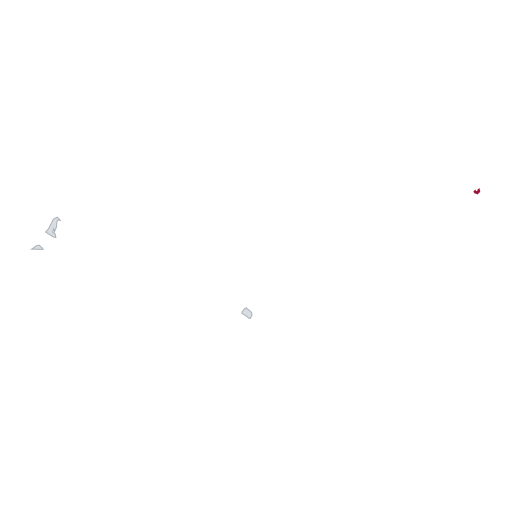 Niuafo'ou, Tonga (highlighted), rotated 89°
{"feature_id": "48082658B75580171821310", "entity_name": "Niuafo'ou", "entity_type": "district", "adm_level": 2, "iso_a3": "TON", "parent_name": "Tonga", "parent_adm1": "", "projection": "orthographic", "projection_center": [-175.613, -15.598], "detail": "fine", "context": "in_parent", "style": "outline", "palette": "rose", "viewbox_px": 512, "rotation_deg": 89, "n_neighbors": 0, "source": "geoboundaries", "source_scale": "gbopen_adm2", "svg_char_len": 1086}
<svg xmlns="http://www.w3.org/2000/svg" viewBox="0 0 512 512"><g transform="rotate(89 256 256)"><path d="M228.0,458.8L229.0,458.8L230.1,456.6L234.0,455.8L233.5,458.2L228.3,466.0L225.1,462.9L215.6,457.9L213.7,454.0L216.9,451.1L216.6,453.5L218.1,454.5L223.5,455.0L228.3,457.1L225.3,457.8L228.0,458.8ZM315.9,266.6L313.2,271.1L311.8,271.0L308.7,268.4L307.6,266.6L312.4,261.4L314.9,261.0L318.3,262.8L318.1,264.3L315.9,266.6ZM245.7,468.8L245.2,480.2L241.8,475.0L241.4,472.6L244.9,469.0L245.7,468.8Z" fill="#d9dde1" stroke="#a8b0b8" stroke-width="1"/><path d="M196.1,35.9L196.3,35.6L196.4,35.4L196.5,35.3L196.5,35.2L196.6,34.9L196.6,34.7L196.7,34.4L196.8,34.2L196.7,34.2L196.8,34.1L196.7,33.7L196.7,33.2L196.5,32.9L196.4,32.7L196.2,32.5L195.9,32.3L195.6,32.0L195.4,31.9L195.2,31.8L195.0,32.2L194.7,32.1L194.4,32.0L194.2,32.0L193.8,32.1L193.7,32.1L193.8,32.3L194.1,32.3L194.4,32.4L194.7,32.4L195.0,32.5L195.3,32.9L195.6,33.2L195.8,33.5L195.9,33.9L196.0,33.9L196.1,34.5L195.8,35.3L195.6,35.7L195.1,35.9L195.5,36.3L195.8,36.1L196.1,35.9Z" fill="none" stroke="#9f1239" stroke-width="2"/></g></svg>